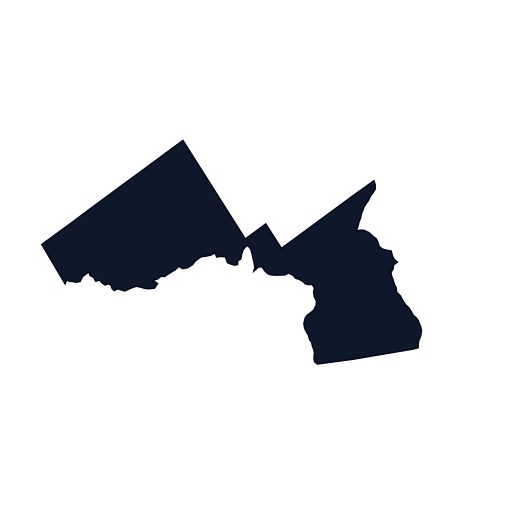 Fátima do Sul, Mato Grosso do Sul, Brazil, rotated 213°
{"feature_id": "56859067B65131445845970", "entity_name": "Fátima do Sul", "entity_type": "district", "adm_level": 2, "iso_a3": "BRA", "parent_name": "Brazil", "parent_adm1": "Mato Grosso do Sul", "projection": "natural_earth1", "projection_center": [-54.472, -22.343], "detail": "fine", "context": "isolated", "style": "filled", "palette": "ink", "viewbox_px": 512, "rotation_deg": 213, "n_neighbors": 0, "source": "geoboundaries", "source_scale": "gbopen_adm2", "svg_char_len": 2186}
<svg xmlns="http://www.w3.org/2000/svg" viewBox="0 0 512 512"><g transform="rotate(213 256 256)"><path d="M198.1,383.3L207.9,358.3L238.8,276.2L265.3,288.2L274.2,264.4L292.0,272.6L380.2,313.1L384.3,302.3L393.4,278.0L402.1,255.0L419.6,208.5L424.1,196.3L426.7,189.0L441.9,149.0L401.0,128.7L401.7,133.1L398.8,133.1L396.1,134.7L392.5,136.1L389.6,138.9L390.3,144.0L388.8,148.6L387.4,151.8L384.6,149.3L380.4,149.7L376.8,147.5L373.9,150.6L369.8,149.5L366.7,149.5L365.0,152.2L361.7,152.6L358.9,150.3L356.0,149.8L354.4,153.0L350.9,154.1L347.0,155.2L343.4,160.9L340.0,165.4L335.7,167.1L331.6,168.3L328.3,170.0L323.8,173.5L323.5,179.2L326.5,179.3L329.7,179.2L326.0,183.2L324.8,187.1L321.5,189.1L319.2,194.5L316.3,200.5L315.0,205.4L310.8,205.4L307.2,208.7L304.6,214.0L304.3,218.2L303.2,221.6L301.7,225.4L297.5,229.0L294.3,232.3L292.1,236.2L288.3,233.8L285.8,236.2L281.2,238.7L276.3,234.9L272.5,235.6L269.0,236.7L266.8,238.7L268.8,242.2L267.1,245.1L269.2,250.0L270.3,254.6L269.6,259.7L266.5,259.9L263.5,258.5L259.8,255.0L254.4,249.8L251.0,246.2L249.6,242.2L248.1,247.8L245.2,250.3L240.6,248.4L236.6,247.6L233.0,248.4L228.7,250.9L224.6,253.7L221.4,256.0L219.7,259.4L214.8,260.0L210.5,259.0L206.7,260.0L203.1,260.2L199.3,259.5L196.3,260.7L193.5,262.8L189.5,261.0L188.0,257.0L185.0,253.7L180.6,251.1L178.6,246.9L178.1,242.0L179.4,237.8L180.7,234.4L181.0,231.0L179.1,225.5L175.7,221.8L171.8,219.5L169.2,218.4L165.5,215.1L162.3,214.0L159.7,211.3L157.1,209.4L154.5,207.1L151.7,201.8L149.3,199.3L145.8,198.8L118.0,222.6L110.0,230.0L104.6,235.0L73.3,263.8L70.1,267.4L72.0,270.4L73.6,274.0L74.4,278.9L76.7,283.7L79.0,286.0L82.0,288.2L85.0,290.3L88.1,291.4L92.0,291.9L95.9,294.1L99.7,295.8L104.2,296.6L109.7,299.1L112.9,301.1L118.1,302.1L121.4,305.8L125.1,308.0L128.0,310.6L131.8,313.4L133.9,315.7L134.1,320.2L135.8,323.5L134.1,327.9L137.9,328.3L141.1,329.9L145.4,333.8L148.7,332.3L153.5,330.7L157.7,331.0L161.4,334.0L164.5,335.8L168.7,336.2L174.0,337.1L179.7,336.3L183.0,334.1L185.5,331.8L186.7,336.3L188.1,340.4L189.1,345.1L190.7,348.8L191.3,352.1L192.1,355.9L192.2,359.9L192.0,363.9L192.6,367.9L192.4,373.4L192.5,377.1L195.0,380.9L198.1,383.3Z" fill="#0f172a" stroke="#020617" stroke-width="1.5"/></g></svg>